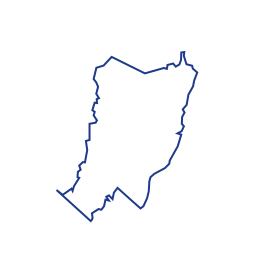 Napa, California, United States of America (Robinson projection), rotated 42°
{"feature_id": "52423323B42957866846180", "entity_name": "Napa", "entity_type": "district", "adm_level": 2, "iso_a3": "USA", "parent_name": "United States of America", "parent_adm1": "California", "projection": "robinson", "projection_center": [-122.326, 38.51], "detail": "fine", "context": "isolated", "style": "outline", "palette": "blue", "viewbox_px": 256, "rotation_deg": 42, "n_neighbors": 0, "source": "geoboundaries", "source_scale": "gbopen_adm2", "svg_char_len": 1151}
<svg xmlns="http://www.w3.org/2000/svg" viewBox="0 0 256 256"><g transform="rotate(42 128 128)"><path d="M119.0,33.9L117.1,36.2L121.9,42.0L123.7,46.4L122.4,50.4L118.4,49.9L115.2,54.7L117.3,58.1L114.5,59.4L104.0,76.1L68.3,86.1L68.1,97.9L64.2,104.4L69.7,114.6L73.7,115.3L78.2,117.4L81.5,123.8L86.5,125.3L85.4,127.5L88.3,130.2L86.3,131.5L89.6,138.6L92.5,138.3L94.0,141.6L99.8,143.1L100.4,145.7L96.6,150.6L107.4,162.6L105.4,165.8L112.6,171.8L119.0,182.4L117.3,183.5L116.9,188.6L120.7,190.7L120.1,194.1L123.4,198.3L125.1,197.7L126.8,207.5L128.9,211.8L126.6,210.9L124.2,221.4L116.4,221.9L162.6,222.1L162.5,220.0L161.8,218.5L158.3,215.5L160.3,208.0L162.9,206.5L162.5,202.1L159.2,196.3L162.3,194.7L157.9,193.6L158.9,190.8L164.1,191.2L160.8,185.5L160.3,179.5L176.0,179.5L191.1,179.4L191.8,175.8L189.2,167.5L185.8,161.2L179.5,153.3L177.6,149.4L178.2,144.5L182.3,133.0L182.6,127.0L180.8,124.2L177.2,108.3L172.0,97.3L168.4,98.9L170.0,94.5L168.4,89.3L165.2,88.9L160.8,83.5L159.7,78.7L156.2,77.5L156.1,71.6L150.6,62.8L148.5,53.6L145.4,48.4L142.3,40.4L136.4,40.5L134.0,38.8L128.8,41.5L121.2,37.0L119.0,33.9Z" fill="none" stroke="#1e3a8a" stroke-width="2"/></g></svg>